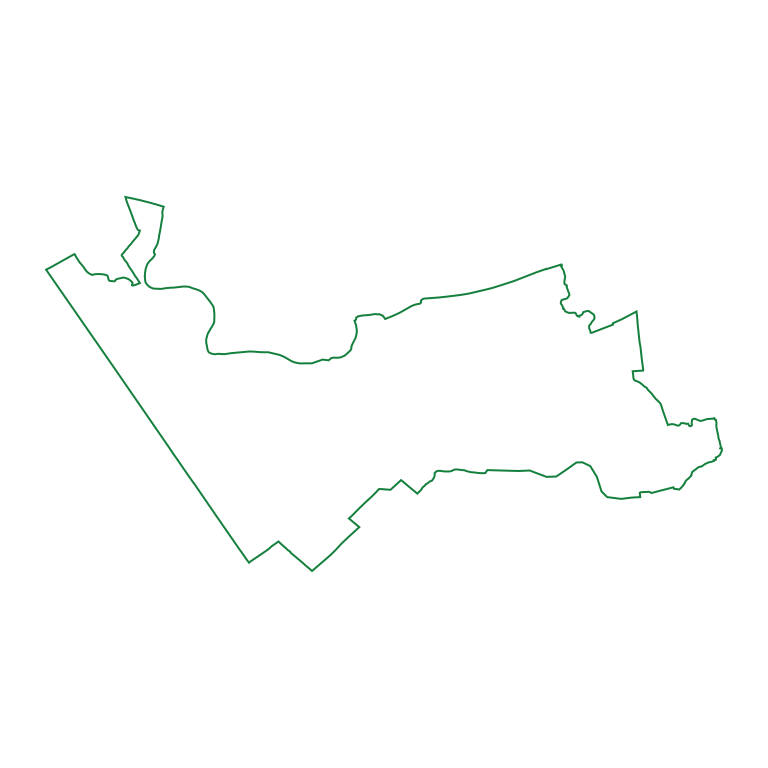 outline of Bolintin-Vale, Giurgiu, Romania
{"feature_id": "2599482B86536056003936", "entity_name": "Bolintin-Vale", "entity_type": "district", "adm_level": 2, "iso_a3": "ROU", "parent_name": "Romania", "parent_adm1": "Giurgiu", "projection": "robinson", "projection_center": [25.723, 44.447], "detail": "fine", "context": "isolated", "style": "outline", "palette": "green", "viewbox_px": 768, "rotation_deg": 0, "n_neighbors": 0, "source": "geoboundaries", "source_scale": "gbopen_adm2", "svg_char_len": 6099}
<svg xmlns="http://www.w3.org/2000/svg" viewBox="0 0 768 768"><path d="M678.9,489.6L679.2,489.5L680.9,488.0L683.7,484.8L683.6,484.7L685.0,482.7L685.6,481.1L687.0,479.6L688.2,478.8L691.4,475.5L691.3,474.7L692.5,471.6L695.5,469.6L697.8,467.6L700.5,466.5L701.6,466.5L705.1,464.0L708.3,462.5L712.2,461.6L714.0,460.9L713.8,460.2L716.0,459.6L715.7,457.6L717.8,456.6L719.9,455.0L721.9,450.6L721.8,448.4L720.2,448.3L720.3,448.0L720.8,447.3L720.8,446.6L719.8,442.5L719.6,441.1L718.6,438.5L718.4,437.8L718.4,436.7L718.1,435.2L717.1,430.6L716.3,426.3L716.3,425.4L716.5,423.3L716.4,422.5L715.9,419.8L715.7,419.6L715.0,419.6L714.6,419.4L714.3,418.2L712.6,418.7L707.3,419.0L702.1,420.7L700.6,420.9L699.5,420.7L695.0,418.8L693.5,418.9L692.4,419.5L692.0,420.1L691.7,422.4L691.7,423.7L692.0,425.0L691.6,425.5L690.7,426.2L689.9,426.1L689.1,425.7L688.1,423.6L686.2,423.9L684.8,423.4L683.1,423.1L681.1,423.1L679.8,424.9L678.7,425.5L678.1,425.6L677.4,425.6L674.6,424.5L672.2,424.1L669.6,424.5L667.9,425.0L663.0,411.1L661.1,404.9L660.0,403.0L655.8,398.9L653.5,396.1L651.7,393.6L648.8,390.7L647.4,389.1L646.6,387.8L646.2,387.4L644.9,386.9L641.3,383.7L639.6,382.5L637.9,381.6L634.7,380.4L634.0,379.6L633.6,378.7L633.3,376.8L633.3,375.8L632.7,371.3L634.8,371.1L643.1,370.6L643.2,369.7L641.6,357.5L640.5,347.1L639.6,342.3L637.4,321.8L637.5,320.8L636.5,311.5L621.9,319.2L612.8,323.3L613.0,324.6L592.0,332.7L591.5,332.8L590.6,332.7L590.6,332.1L590.5,331.7L590.0,330.1L589.3,328.8L589.1,327.3L589.1,326.2L589.4,325.4L590.9,323.7L591.5,322.4L593.7,319.8L594.3,318.9L594.5,317.9L594.4,316.5L594.0,315.2L593.3,314.2L588.9,311.2L588.3,311.0L587.6,311.0L585.5,311.4L583.2,312.2L582.8,313.5L582.3,314.1L581.5,314.9L580.6,315.4L579.1,315.8L579.2,316.6L577.6,316.2L576.8,315.5L575.8,313.4L575.0,312.7L569.5,312.9L568.5,312.8L565.7,311.6L565.3,311.3L564.7,310.2L563.8,309.2L563.6,308.4L563.1,308.5L562.8,307.0L562.4,306.0L560.8,303.4L560.9,301.9L561.2,301.4L561.5,300.2L562.8,299.6L565.9,298.8L567.4,298.1L569.4,295.1L569.4,294.5L566.6,286.8L566.9,285.7L566.2,284.9L564.9,284.4L564.4,283.2L564.3,282.0L565.2,276.5L563.5,270.4L561.2,266.5L562.0,265.5L561.4,264.5L546.2,269.2L546.1,268.9L541.6,270.5L536.7,272.2L513.8,281.1L501.4,285.1L492.9,287.8L485.0,289.8L468.3,293.7L459.4,295.1L445.4,296.8L438.7,297.5L423.9,298.6L423.3,298.8L422.0,299.5L421.0,300.7L420.9,301.2L421.1,302.4L420.1,303.6L416.0,304.4L413.0,305.4L410.6,306.5L407.6,308.3L399.2,313.0L393.0,315.8L385.2,319.0L382.9,315.8L379.1,314.1L377.4,314.4L375.8,314.1L374.6,314.1L369.2,315.0L362.2,315.5L357.9,316.4L357.5,316.9L356.3,317.5L356.2,318.4L355.9,319.7L355.2,320.4L354.5,320.7L356.0,325.0L356.8,330.0L356.8,332.6L355.6,337.8L352.4,344.1L351.5,346.3L351.2,349.1L350.6,350.2L348.0,352.7L344.9,355.5L340.7,357.4L337.1,357.8L333.8,357.6L331.3,358.1L328.6,360.3L322.6,359.6L312.0,363.3L299.6,363.4L295.0,362.5L291.6,361.2L284.4,357.0L279.5,354.9L268.4,352.3L261.0,352.2L253.5,351.6L249.3,351.5L231.6,353.1L224.3,354.2L217.8,353.8L215.7,354.2L213.4,354.1L212.1,353.8L210.5,353.2L209.1,352.4L208.4,351.7L207.6,349.8L206.2,342.4L206.2,339.2L207.8,333.6L213.0,324.8L214.0,322.7L214.3,320.8L214.3,319.0L214.4,314.8L214.2,311.8L213.8,308.6L213.5,307.1L213.1,306.1L210.2,301.8L203.9,293.8L202.6,292.5L201.5,291.7L199.0,290.3L196.1,289.3L192.5,288.2L189.3,286.9L187.1,286.6L183.5,286.5L173.1,287.7L172.3,287.6L167.1,288.0L161.2,288.9L153.6,288.6L152.1,288.1L149.8,287.0L148.7,286.2L147.1,284.6L146.3,283.5L145.7,282.6L145.2,281.0L144.8,276.1L145.1,272.6L145.7,268.7L147.2,264.5L147.5,263.9L149.5,261.2L152.2,258.6L154.1,256.3L154.9,254.7L154.9,254.2L154.8,253.8L154.3,253.3L154.0,252.8L153.9,252.3L153.9,251.0L154.4,249.5L155.9,247.0L157.0,244.8L157.7,243.2L158.3,240.5L158.9,237.8L159.3,234.5L159.7,233.0L160.9,226.2L161.7,221.0L162.4,217.5L162.6,215.9L162.3,212.6L162.6,210.5L163.7,206.7L155.7,204.3L147.7,202.1L139.4,200.0L125.5,197.0L126.9,202.1L129.6,209.0L132.4,216.5L133.9,220.9L134.3,221.6L136.3,226.9L137.5,229.3L138.0,229.9L138.8,230.4L139.9,230.6L138.5,234.5L138.0,235.4L132.9,241.4L131.1,243.8L128.9,246.1L127.4,248.3L125.6,250.1L124.5,251.7L121.9,254.6L121.7,255.1L121.7,255.4L122.1,256.2L122.7,256.7L123.1,257.2L123.5,258.2L124.1,259.3L127.4,263.4L127.9,264.7L129.3,267.1L132.6,271.8L134.6,275.2L137.1,278.7L139.9,283.1L135.4,284.9L133.6,285.4L132.4,285.5L132.1,285.4L132.0,285.1L132.0,284.6L132.6,283.3L132.5,282.8L132.3,282.4L130.3,280.5L128.5,279.1L124.6,277.7L122.6,277.7L117.4,278.9L115.9,279.5L115.0,281.0L114.7,281.2L114.3,281.3L112.5,281.2L110.1,280.9L109.3,280.7L108.5,279.6L108.2,277.7L107.8,276.3L107.1,275.5L105.8,274.9L102.9,274.3L98.4,274.0L95.0,274.2L93.5,274.5L92.2,275.0L91.9,274.8L89.2,273.5L88.1,272.7L86.6,271.4L82.8,266.0L79.4,262.1L77.8,259.5L75.9,256.6L74.8,254.3L74.4,254.1L49.5,268.0L46.1,269.7L114.7,368.6L169.9,448.7L174.5,455.6L175.3,456.6L184.3,469.7L192.4,481.3L194.5,484.1L215.4,514.6L239.7,549.7L241.3,551.8L246.4,559.2L249.0,562.7L250.3,561.6L267.8,549.7L269.7,548.1L271.5,546.4L278.5,541.5L282.3,545.1L284.2,546.7L288.3,550.5L289.2,550.9L290.3,551.9L290.5,552.6L302.8,562.9L305.8,565.7L309.7,568.9L312.0,571.0L325.5,559.4L331.5,554.1L335.9,549.7L341.7,543.4L349.2,536.3L359.3,527.1L348.9,518.5L351.8,515.9L359.4,508.1L361.4,506.3L364.2,503.5L369.6,498.5L371.4,496.9L376.4,491.9L378.8,489.2L379.7,489.0L380.6,489.1L381.6,489.1L390.5,489.8L401.1,480.1L411.6,488.9L417.4,493.6L421.1,489.9L422.6,487.4L424.4,486.0L425.5,484.8L425.6,484.4L427.7,483.2L429.8,481.4L430.2,481.2L430.9,481.2L432.2,480.5L432.7,479.5L433.4,478.7L434.4,476.6L434.6,475.7L434.6,474.6L434.7,473.5L434.9,472.7L436.8,471.2L437.9,470.9L440.0,470.8L443.8,471.4L447.6,471.5L449.9,471.4L450.6,471.3L451.6,471.0L453.0,470.2L455.0,469.5L456.7,469.4L462.1,470.1L464.1,470.2L466.9,471.2L471.0,472.2L475.8,472.6L478.1,473.0L482.1,473.2L485.3,473.1L487.3,470.1L518.7,471.0L529.6,470.5L546.6,476.9L556.3,476.5L568.2,468.4L576.4,462.5L582.4,462.3L590.3,466.1L596.9,476.9L601.5,491.4L607.2,497.1L621.2,498.9L631.4,497.6L640.2,497.1L639.8,492.7L640.9,492.2L649.2,491.8L651.5,493.0L673.4,487.3L674.0,488.8L677.5,489.2L678.9,489.6Z" fill="none" stroke="#15803d" stroke-width="2"/></svg>